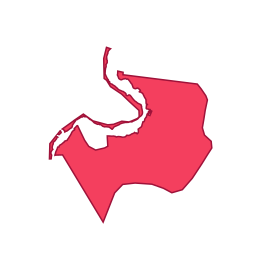 Zemam Out, Al Bahr al Ahmar, Egypt (orthographic projection), rotated 60°
{"feature_id": "37247803B70962807620148", "entity_name": "Zemam Out", "entity_type": "district", "adm_level": 2, "iso_a3": "EGY", "parent_name": "Egypt", "parent_adm1": "Al Bahr al Ahmar", "projection": "orthographic", "projection_center": [32.567, 25.936], "detail": "fine", "context": "isolated", "style": "filled", "palette": "rose", "viewbox_px": 256, "rotation_deg": 60, "n_neighbors": 0, "source": "geoboundaries", "source_scale": "gbopen_adm2", "svg_char_len": 5801}
<svg xmlns="http://www.w3.org/2000/svg" viewBox="0 0 256 256"><g transform="rotate(60 128 128)"><path d="M105.6,98.0L109.7,98.3L110.5,98.3L111.0,98.2L112.5,98.3L115.7,100.0L116.7,99.7L117.0,99.5L117.3,99.5L117.0,100.3L117.5,100.5L117.3,100.7L117.5,100.6L120.0,102.4L120.7,102.3L120.9,102.2L121.8,101.0L122.5,100.5L123.1,99.6L123.3,99.6L123.8,100.2L123.9,101.7L124.1,102.0L124.4,102.5L124.7,102.5L125.3,102.7L125.3,103.7L125.6,104.7L125.9,104.9L126.5,105.2L126.8,105.7L127.0,106.2L127.6,106.5L127.8,106.7L127.9,107.4L128.6,108.9L129.1,109.3L129.4,109.6L130.2,110.4L130.5,111.2L130.3,111.6L130.1,111.8L130.1,112.0L130.4,112.2L130.6,112.5L131.2,113.1L132.1,114.1L133.2,115.1L133.4,115.5L133.7,116.1L133.8,117.3L134.1,119.8L135.6,120.4L136.3,120.8L137.1,121.4L137.5,122.3L137.6,122.9L137.2,123.2L136.6,123.1L136.5,123.6L135.8,124.2L135.1,124.6L135.2,124.8L135.4,125.3L135.3,126.1L135.0,127.8L135.0,128.2L135.1,128.8L135.1,129.4L134.9,130.8L134.6,131.4L133.7,132.6L133.7,133.0L134.0,133.5L134.2,134.6L134.2,135.0L133.8,136.2L133.1,137.5L132.0,138.6L130.7,140.4L130.4,141.0L129.9,142.7L129.0,143.1L128.7,143.6L128.0,144.2L127.6,144.9L126.8,146.4L126.1,147.4L125.4,148.4L124.5,149.9L125.9,150.7L133.7,154.6L133.6,158.2L130.9,167.1L124.3,171.2L116.9,171.7L100.8,170.5L100.6,170.8L100.6,171.5L101.0,172.5L101.4,174.0L101.5,174.4L101.7,174.9L102.4,174.9L102.6,174.9L102.8,175.0L103.0,175.5L102.8,176.2L103.2,177.7L103.5,178.5L103.9,179.2L104.6,180.0L104.9,180.7L105.4,181.3L105.7,181.8L105.8,182.3L106.8,184.1L107.1,184.6L107.6,185.9L108.1,186.6L108.3,186.9L108.3,187.1L107.9,188.2L108.0,188.6L107.7,189.5L107.8,189.9L108.2,190.2L108.4,190.9L108.4,192.0L108.8,193.6L108.8,194.3L108.7,195.1L109.0,196.1L109.1,196.5L109.9,197.3L109.7,197.8L109.4,198.4L109.9,199.0L110.5,199.6L111.0,200.2L111.2,200.6L111.6,201.1L112.5,202.3L112.6,202.5L113.2,203.1L113.6,203.3L114.2,204.0L114.3,204.3L115.1,204.9L115.2,204.4L118.6,198.1L197.1,196.6L177.5,172.0L174.2,160.8L179.2,149.4L188.6,135.4L198.0,127.4L206.0,122.4L208.6,111.8L203.7,97.5L196.0,82.1L190.8,72.4L187.2,65.4L181.1,62.6L172.4,65.3L165.0,63.5L157.9,57.6L151.3,52.3L143.4,45.2L139.0,44.5L130.8,45.1L124.6,46.0L79.4,105.7L77.3,104.4L73.6,108.4L75.8,109.8L76.8,110.7L78.3,110.8L80.4,111.2L80.9,111.1L82.1,110.5L82.7,110.0L82.9,109.7L83.0,109.4L83.3,107.1L83.7,106.4L83.7,106.2L83.8,105.6L85.1,104.7L85.4,103.8L86.0,103.5L86.5,103.4L88.7,103.1L90.7,103.0L92.1,102.7L93.2,102.9L93.9,103.0L94.8,103.2L95.4,103.3L95.8,103.3L96.7,102.9L97.1,102.6L97.8,101.8L98.0,100.3L98.2,99.9L98.6,99.4L99.4,99.2L99.9,98.8L100.3,98.7L100.7,98.6L101.1,98.5L101.6,98.5L102.1,100.0L102.5,100.1L103.1,99.2L103.4,98.9L104.0,98.8L104.7,98.3L105.1,98.1L105.6,98.0ZM128.2,102.8L126.4,104.2L125.5,101.4L124.3,99.6L125.3,99.0L128.2,102.8ZM50.6,103.5L47.4,106.3L55.7,114.3L73.2,123.9L75.9,122.7L83.4,122.5L95.4,116.6L105.8,113.6L118.2,109.7L123.9,112.7L124.1,113.8L124.5,114.8L123.6,122.5L123.4,122.8L123.4,123.9L119.0,130.0L117.6,138.6L115.1,144.0L104.3,154.8L93.6,159.7L94.5,171.2L94.6,171.4L96.0,185.4L96.7,184.8L97.3,184.6L97.8,184.6L98.6,184.3L99.0,184.5L99.9,184.7L99.8,183.5L100.1,182.5L99.8,179.9L99.6,178.9L99.6,177.9L99.5,176.4L98.6,175.3L97.7,174.6L97.2,173.5L96.8,172.8L95.6,170.0L95.0,169.3L94.9,168.9L95.2,168.4L95.3,168.1L95.2,166.9L95.3,165.1L95.2,164.8L94.8,164.5L94.9,164.2L95.1,164.1L95.2,163.8L95.2,163.6L95.1,162.9L95.6,162.2L95.7,161.9L95.7,161.3L95.4,160.4L95.4,160.2L96.6,159.9L96.8,159.7L97.1,158.9L97.4,158.3L97.6,158.3L98.3,157.8L100.0,157.2L101.4,156.8L102.1,156.2L104.4,155.2L106.5,154.7L107.3,154.2L109.4,152.7L109.8,152.2L109.8,151.8L110.0,151.4L110.2,151.2L110.9,150.9L110.9,150.7L110.8,150.4L112.1,149.7L113.1,149.3L113.9,149.0L115.3,147.7L115.9,146.4L117.7,144.0L118.1,143.7L119.4,143.2L120.1,142.8L120.3,142.8L120.9,142.6L121.2,142.2L120.6,140.7L120.1,139.5L120.1,139.2L120.6,134.7L120.7,134.3L120.5,132.8L120.7,131.7L120.8,130.9L121.9,127.4L122.6,126.2L123.4,124.6L123.5,123.6L123.4,123.1L123.5,122.9L123.9,122.7L124.2,122.4L124.7,121.4L124.6,120.7L124.6,120.2L124.8,119.1L124.8,118.5L125.0,116.8L125.0,115.3L124.9,114.7L124.7,114.4L124.2,112.6L124.0,110.7L123.8,110.0L123.0,108.6L122.9,108.5L122.2,107.9L121.3,107.4L118.5,106.4L117.1,106.0L116.3,105.5L115.4,105.3L114.9,105.3L114.3,105.1L111.3,107.2L109.3,107.9L108.2,108.5L106.1,109.0L104.3,109.3L103.4,109.4L102.4,109.5L100.8,109.8L100.3,110.1L99.8,110.6L99.8,112.1L99.4,112.8L99.1,113.1L98.7,113.2L98.4,113.1L97.6,112.7L97.3,112.7L96.4,112.8L95.4,113.3L94.1,113.8L93.1,114.8L92.0,115.5L90.8,116.5L89.8,117.0L89.1,117.3L88.3,117.3L88.1,117.4L87.2,117.9L86.3,118.0L85.4,118.3L84.4,118.8L83.2,119.5L82.2,119.8L81.5,120.5L80.7,121.0L80.2,121.2L79.5,121.3L79.0,120.9L78.6,120.8L78.3,121.1L78.5,121.7L77.5,122.0L77.2,121.7L77.0,121.2L76.8,121.1L76.7,121.0L76.2,121.0L75.0,121.2L74.5,121.2L73.0,121.1L71.7,121.0L69.5,120.7L66.8,118.9L66.3,118.6L66.1,118.3L65.8,118.2L65.2,118.6L64.9,118.5L64.7,118.3L64.9,117.2L64.0,116.4L63.7,116.1L63.1,115.8L62.2,115.4L61.9,115.3L61.7,114.5L61.1,113.5L60.8,113.2L59.7,112.6L59.4,112.4L59.1,112.2L58.4,112.1L58.1,112.1L57.8,112.3L57.4,112.2L57.3,111.7L56.9,111.4L56.2,111.2L55.6,110.9L55.2,110.5L54.0,109.1L53.4,108.2L52.9,107.9L52.5,107.6L51.7,106.8L51.2,105.8L50.8,104.2L50.7,104.0L50.6,103.5ZM115.5,211.5L116.3,210.0L115.3,209.2L114.8,209.0L114.5,208.6L114.1,208.4L113.4,207.7L112.6,207.6L111.5,207.5L110.5,206.9L110.1,206.3L109.7,205.8L109.4,205.3L108.9,203.8L108.6,203.9L106.9,203.4L105.9,202.5L105.0,201.7L104.8,201.2L104.1,200.5L103.1,199.9L102.9,199.7L102.9,198.9L102.7,198.3L102.7,197.8L102.0,196.3L101.7,195.5L101.3,194.9L100.8,194.3L100.6,194.0L100.7,193.5L99.6,194.0L98.8,194.1L102.5,203.5L115.5,211.5ZM98.1,192.2L98.3,191.8L99.3,191.1L98.7,188.4L98.3,188.0L98.0,188.0L97.0,188.2L96.3,187.6L98.1,192.2Z" fill="#f43f5e" stroke="#9f1239" stroke-width="1.5"/></g></svg>